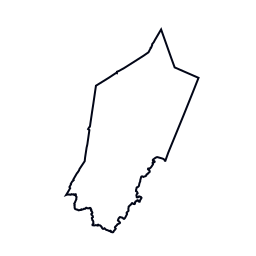 Los Aldamas, Nuevo León, Mexico (Robinson projection), rotated 30°
{"feature_id": "50627088B11000044177611", "entity_name": "Los Aldamas", "entity_type": "district", "adm_level": 2, "iso_a3": "MEX", "parent_name": "Mexico", "parent_adm1": "Nuevo León", "projection": "robinson", "projection_center": [-99.238, 26.097], "detail": "fine", "context": "isolated", "style": "outline", "palette": "ink", "viewbox_px": 256, "rotation_deg": 30, "n_neighbors": 0, "source": "geoboundaries", "source_scale": "gbopen_adm2", "svg_char_len": 5937}
<svg xmlns="http://www.w3.org/2000/svg" viewBox="0 0 256 256"><g transform="rotate(30 128 128)"><path d="M85.8,124.2L89.3,133.2L89.4,133.4L93.6,144.0L93.9,144.7L93.9,144.8L94.2,145.5L94.3,146.1L94.2,146.2L94.0,146.8L94.0,148.9L95.6,149.1L100.9,162.3L101.4,163.8L101.4,164.0L101.6,164.4L101.8,165.3L105.6,175.0L107.1,178.4L106.5,187.8L106.8,189.3L106.6,191.2L106.7,191.6L106.6,192.0L106.4,192.6L106.4,200.0L107.0,200.3L106.9,200.6L106.8,201.3L106.7,201.4L106.4,202.2L106.4,205.0L106.8,205.3L106.8,208.4L107.2,208.7L107.4,208.8L108.0,209.0L108.0,213.9L107.9,216.9L108.3,216.4L108.9,215.8L109.1,215.8L109.5,215.5L110.2,215.2L110.5,214.9L111.1,214.8L111.4,214.6L111.7,214.5L111.9,214.2L111.9,213.8L112.1,213.6L112.5,213.7L112.9,213.3L113.4,213.2L113.8,212.8L114.2,212.6L114.3,212.4L114.6,212.4L114.9,212.9L115.0,212.9L115.3,212.7L115.4,212.3L115.5,212.1L115.7,211.6L115.8,211.5L116.0,211.6L116.4,212.1L116.6,212.7L116.7,212.9L117.3,213.2L117.7,213.3L118.0,213.5L118.1,214.1L118.4,214.8L118.5,215.0L118.8,215.3L118.9,215.5L118.9,215.8L118.9,216.1L119.0,216.6L119.1,217.5L119.1,218.1L119.3,218.7L119.2,219.2L119.3,219.7L119.3,220.5L119.5,220.6L119.8,220.6L120.0,220.7L120.2,221.7L120.4,222.0L120.8,222.1L121.0,222.5L121.1,222.9L121.2,223.2L121.7,223.7L122.0,223.9L122.1,224.2L122.4,224.3L122.8,224.6L123.0,224.6L123.5,224.4L124.2,224.4L124.4,224.3L124.8,224.1L125.3,223.9L125.9,224.1L126.2,224.0L126.6,223.9L127.2,223.2L127.5,223.0L128.2,222.6L128.1,222.1L128.3,221.9L128.4,221.7L128.9,221.7L129.4,221.3L130.2,220.3L130.2,220.1L130.3,219.9L130.6,219.7L130.8,219.7L131.1,219.3L131.3,219.3L131.5,218.8L131.5,218.4L131.6,218.0L131.9,217.8L132.2,217.8L132.6,217.9L132.8,217.9L134.0,217.3L134.7,216.4L134.9,216.3L135.3,216.1L135.6,216.1L135.9,216.3L136.1,216.7L136.2,217.0L136.5,217.1L136.8,216.9L137.2,217.2L137.3,217.3L137.3,218.0L137.6,218.2L138.1,218.2L138.8,218.6L139.4,219.0L139.5,219.3L139.6,219.6L139.6,219.8L139.3,220.3L139.2,220.8L139.5,221.2L139.8,221.4L140.2,221.4L141.2,221.8L141.5,221.9L142.1,222.6L142.2,222.8L141.8,223.6L141.7,223.9L141.7,224.1L142.4,224.8L143.1,225.3L143.3,225.7L143.8,225.8L144.2,225.9L144.7,226.3L145.0,227.0L145.4,227.4L145.8,227.9L145.7,228.6L145.7,228.8L145.5,229.1L145.5,229.3L145.6,229.6L145.9,229.9L146.1,229.8L146.7,229.6L147.0,229.5L147.3,229.4L147.5,229.2L147.9,229.0L148.3,228.5L148.7,228.2L149.2,228.1L149.6,227.8L150.1,227.8L150.3,227.8L150.5,227.6L150.6,227.3L150.3,227.0L150.3,226.9L150.4,226.7L150.6,226.6L151.1,226.8L151.5,226.9L152.0,226.5L152.5,226.3L153.0,226.4L153.5,226.4L154.0,226.8L154.4,226.8L154.6,226.8L155.1,227.3L155.4,227.5L156.5,227.9L156.8,227.7L157.2,227.6L157.4,227.5L157.5,227.3L157.6,226.8L157.7,226.6L157.9,226.6L158.0,226.6L158.2,226.8L159.3,226.9L159.8,227.1L160.1,227.1L160.6,227.0L161.0,226.8L161.8,226.7L163.1,226.6L163.3,226.6L163.6,226.3L164.0,225.8L164.2,225.7L164.5,225.7L164.6,225.8L164.8,226.4L164.9,226.5L165.1,226.5L166.7,226.1L167.2,225.7L167.3,225.4L167.2,224.8L167.2,224.4L167.6,222.5L167.7,221.6L167.7,221.3L167.5,221.2L166.6,220.9L166.4,220.7L166.3,220.3L166.3,219.9L166.4,219.6L167.0,217.6L166.9,217.0L167.0,216.9L167.4,216.1L168.4,214.7L168.5,214.3L168.5,214.1L168.3,213.9L167.2,213.4L166.7,213.3L165.9,213.3L165.7,213.2L165.4,213.0L165.3,212.3L165.2,211.8L165.1,210.9L165.2,210.4L165.4,209.4L165.5,209.2L165.8,209.0L166.9,208.9L167.2,208.6L167.6,208.5L168.5,208.5L169.3,208.8L169.8,208.8L170.1,208.6L170.2,208.4L170.3,207.9L170.4,207.4L170.4,207.1L170.3,205.3L170.3,204.7L170.2,203.0L170.0,202.7L169.3,202.4L169.2,202.2L169.3,201.2L169.5,200.7L169.8,199.8L169.8,199.6L169.7,199.4L169.6,199.0L169.3,198.7L169.0,198.2L168.6,197.6L168.1,196.1L167.9,195.9L167.9,195.4L168.2,194.9L168.3,194.1L168.8,192.9L168.9,191.6L169.0,191.1L169.3,190.9L169.8,191.1L170.6,191.1L171.3,190.8L171.6,190.7L171.8,190.5L171.8,190.2L171.8,189.9L171.6,189.7L171.3,189.6L171.2,189.4L171.2,189.1L171.4,188.5L171.3,188.2L171.3,187.8L171.7,187.2L171.9,187.1L172.1,186.8L172.2,186.5L172.1,186.1L172.2,185.9L172.5,185.7L172.9,185.7L173.5,185.9L174.0,186.3L174.5,186.3L174.9,186.1L175.0,186.0L175.0,185.8L174.7,185.4L174.6,185.1L174.6,184.0L174.7,183.5L174.6,183.1L174.6,182.7L174.7,182.3L174.6,182.0L174.6,181.9L174.4,181.9L174.0,181.4L173.6,181.3L173.1,181.4L172.9,181.5L172.3,181.5L172.0,181.6L171.8,181.7L171.5,182.0L171.6,182.6L171.3,182.8L170.8,183.5L170.5,183.6L170.2,183.6L169.4,182.6L169.0,182.2L168.9,182.0L168.8,181.5L168.7,180.6L168.9,180.1L169.0,179.8L169.0,179.7L168.4,179.2L167.5,178.7L167.3,178.6L166.5,178.7L166.4,178.6L165.8,177.2L165.6,176.1L165.3,175.5L165.3,175.2L165.5,174.7L165.9,174.4L166.3,173.5L166.4,173.0L166.2,172.0L165.8,171.0L165.5,169.9L165.4,169.3L165.3,168.2L164.7,167.0L164.5,166.2L163.9,163.9L163.9,163.4L164.1,163.1L164.4,162.8L165.4,162.7L165.7,162.7L165.8,162.5L166.0,162.4L166.3,161.9L166.8,161.5L167.4,160.7L167.6,159.9L167.5,159.7L167.3,159.3L167.3,159.0L167.4,158.7L167.8,158.2L168.0,157.9L168.1,157.0L168.1,156.7L168.3,156.2L168.6,155.9L168.7,155.3L168.7,155.1L168.5,154.7L168.0,154.2L167.7,154.0L167.4,154.0L166.7,153.9L166.1,153.8L165.9,153.7L165.8,153.3L165.7,153.1L165.8,153.0L166.4,152.5L167.0,152.1L167.2,151.7L167.5,150.9L167.7,149.2L167.7,148.3L167.8,147.5L167.8,146.9L167.7,146.6L166.8,146.1L166.6,145.7L166.7,145.3L166.9,144.9L167.0,144.8L167.5,144.8L167.8,144.5L167.9,144.4L168.0,143.9L167.9,143.8L167.4,143.5L166.2,143.7L165.8,143.7L165.5,143.4L165.5,143.0L165.6,142.5L166.0,141.7L166.2,141.1L166.9,139.7L167.6,138.8L168.1,138.5L172.8,137.3L173.5,137.2L174.2,137.1L174.9,137.2L175.5,137.4L176.0,137.7L176.3,138.0L176.7,138.2L176.9,138.5L175.2,129.3L169.7,88.8L166.3,64.9L164.0,49.3L138.1,52.2L130.7,46.0L107.4,26.1L107.3,38.4L107.4,40.7L107.2,42.1L107.0,43.3L107.4,44.1L107.6,44.5L107.6,45.5L107.8,46.2L107.7,46.5L107.8,46.8L107.9,47.1L107.8,47.3L107.6,47.4L107.7,47.6L107.9,52.2L105.4,57.5L94.7,78.0L91.5,83.3L90.3,84.8L91.0,86.1L90.1,86.4L86.3,94.0L79.1,107.4L85.8,124.2Z" fill="none" stroke="#020617" stroke-width="2"/></g></svg>